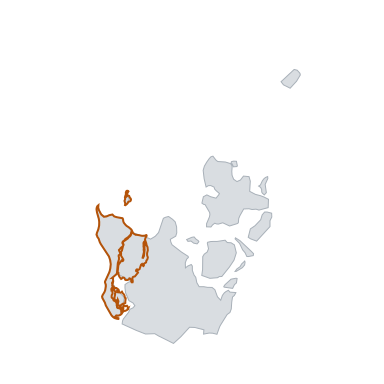 location of Nordjylland within Denmark, rotated 289°
{"feature_id": "DNK-3418", "entity_name": "Nordjylland", "entity_type": "Region", "adm_level": 1, "iso_a3": "DNK", "parent_name": "Denmark", "parent_adm1": "", "projection": "natural_earth1", "projection_center": [9.42, 57.153], "detail": "fine", "context": "in_parent", "style": "outline", "palette": "amber", "viewbox_px": 384, "rotation_deg": 289, "n_neighbors": 0, "source": "natural_earth", "source_scale": "10m", "svg_char_len": 8947}
<svg xmlns="http://www.w3.org/2000/svg" viewBox="0 0 384 384"><g transform="rotate(289 192 192)"><path d="M111.2,266.2L110.6,266.2L107.9,265.7L105.9,264.5L100.9,265.4L94.2,267.2L90.5,267.1L87.6,265.1L75.5,262.3L73.5,262.0L65.6,261.9L65.2,257.4L64.2,254.1L61.4,249.2L65.6,248.1L64.8,238.6L63.3,233.7L51.8,228.7L42.8,223.8L45.0,207.3L45.9,202.9L42.6,194.3L43.0,184.4L44.5,168.9L47.4,168.3L49.5,168.4L57.6,171.2L60.9,171.5L63.2,173.9L65.9,175.0L67.9,172.3L68.7,167.8L75.1,162.0L79.6,159.8L82.7,158.8L85.8,161.1L88.1,163.8L88.7,158.0L90.6,147.0L84.5,145.2L79.6,146.7L74.6,153.7L70.2,162.5L63.1,163.3L57.4,165.8L52.3,163.2L49.0,160.9L48.9,157.6L49.7,155.6L55.8,148.4L63.8,141.6L72.0,141.6L77.9,139.5L81.4,139.2L92.5,139.7L98.1,138.2L103.2,135.0L114.1,121.7L120.3,116.2L132.7,114.3L144.2,107.9L147.4,107.8L142.0,112.5L141.2,114.4L140.5,117.2L144.4,123.3L143.6,127.1L144.0,134.4L140.3,138.3L136.2,146.5L134.4,147.7L134.1,157.2L134.5,159.5L134.0,168.2L138.2,171.7L142.8,173.6L157.8,173.5L159.4,175.1L161.2,177.8L159.9,182.4L158.3,185.8L154.0,188.8L148.4,190.9L144.9,191.0L140.2,186.9L137.9,188.2L135.6,190.3L131.8,201.6L129.9,209.3L128.9,209.9L126.7,208.8L122.9,208.7L118.1,210.5L120.6,212.1L123.2,214.9L122.1,216.4L117.9,217.9L114.1,221.0L112.6,223.3L107.8,226.1L104.8,229.6L106.3,234.0L106.9,237.8L108.3,242.0L107.1,245.4L101.2,250.2L99.0,254.4L104.1,254.4L107.2,255.4L109.0,256.6L110.9,258.4L109.7,260.5L111.2,266.2ZM231.2,213.7L231.4,219.1L230.4,220.7L228.8,221.8L224.5,222.9L220.9,224.4L217.6,227.2L216.5,231.1L219.1,233.9L223.8,235.5L225.1,240.9L221.2,243.6L211.4,246.3L210.4,252.8L210.8,257.9L210.7,261.6L210.0,266.7L202.0,269.1L196.7,261.2L196.6,258.1L195.0,254.5L194.7,251.3L192.8,246.4L185.2,245.0L182.2,244.8L178.1,245.8L177.1,245.4L172.1,238.6L172.9,231.1L170.2,227.3L169.8,225.6L169.9,223.7L167.7,222.2L165.1,221.3L163.8,217.1L166.8,216.1L174.2,216.6L176.4,216.3L178.3,215.4L184.3,208.5L184.1,207.0L184.7,205.0L191.2,204.3L194.1,207.0L193.6,211.2L194.0,216.7L198.0,218.2L199.5,218.4L201.1,214.4L202.2,212.4L203.8,211.3L204.2,207.6L203.3,205.4L201.3,203.7L208.6,199.1L216.1,195.5L220.5,195.3L225.0,196.2L229.1,197.4L231.4,198.4L232.7,200.1L230.0,204.2L229.2,206.4L231.2,213.7ZM149.6,223.2L151.4,226.1L153.6,232.2L157.2,239.0L155.7,241.8L156.7,245.5L155.8,249.3L148.9,253.7L141.2,253.9L133.2,251.8L121.8,247.7L120.9,245.3L119.3,244.1L116.2,237.0L116.3,228.4L122.0,227.3L134.4,223.2L137.2,223.8L140.2,225.9L143.7,226.1L148.7,223.1L149.6,223.2ZM180.5,262.5L188.1,266.0L193.2,265.8L196.7,267.2L197.5,269.4L197.9,274.2L194.3,275.6L190.2,275.1L184.7,277.0L166.6,269.1L166.8,262.5L167.5,259.9L176.1,259.2L180.5,262.5ZM339.4,255.4L337.9,256.3L330.8,254.8L322.1,251.0L323.1,243.6L325.3,240.3L341.1,248.7L341.4,251.8L339.4,255.4ZM153.7,270.3L151.8,270.6L149.2,266.1L148.9,264.8L151.9,261.9L153.8,258.7L158.9,253.7L161.7,248.0L162.8,248.0L161.6,253.2L155.1,267.6L153.7,270.3ZM124.9,262.8L120.5,263.6L118.2,262.3L114.1,261.8L112.5,253.3L113.0,252.8L115.1,253.4L122.3,257.3L124.8,261.7L124.9,262.8ZM231.2,258.5L229.5,259.3L223.0,258.7L215.6,262.5L212.8,261.3L213.8,258.9L214.6,258.0L217.1,257.0L218.7,255.4L219.3,253.1L220.9,254.4L225.5,254.9L227.7,255.6L229.6,256.7L231.2,258.5ZM148.0,213.8L147.2,214.7L144.6,213.7L144.2,210.2L145.3,207.0L144.0,204.2L145.3,202.4L149.1,206.6L150.2,208.6L148.8,211.0L148.0,213.8ZM166.1,133.9L164.4,135.2L158.6,133.4L161.2,130.9L167.5,129.8L171.2,130.1L167.2,132.6L166.1,133.9ZM143.0,265.0L140.2,265.5L136.9,264.3L131.5,259.8L130.9,258.6L133.7,259.4L137.1,261.8L140.0,262.3L143.9,264.3L143.0,265.0ZM235.5,224.0L231.6,226.3L230.7,226.2L229.3,223.0L231.4,221.0L232.6,219.4L233.5,219.4L234.7,221.2L235.5,224.0Z" fill="#d9dde1" stroke="#a8b0b8" stroke-width="1"/><path d="M93.6,165.5L92.7,164.1L92.3,163.8L92.1,163.7L91.3,163.7L89.6,164.3L89.1,164.7L88.2,165.1L87.3,165.2L87.0,164.5L87.4,163.8L89.4,163.0L89.8,162.1L90.1,161.3L90.0,160.9L88.9,160.7L88.5,160.4L88.1,160.0L87.8,159.7L87.6,159.3L87.4,158.8L87.2,158.1L87.3,157.4L87.5,157.3L88.5,156.2L88.6,155.9L88.8,155.7L88.7,155.0L88.5,154.4L88.3,154.1L87.8,154.0L87.4,153.9L86.7,153.3L87.5,152.0L88.3,150.9L89.2,150.0L90.5,149.1L90.8,149.0L91.1,148.9L91.4,148.9L91.7,148.7L91.9,147.9L92.0,147.8L98.3,146.3L99.7,146.3L104.6,147.8L104.6,148.2L104.0,148.4L104.0,148.8L104.3,149.1L104.9,149.3L105.5,149.2L105.9,149.0L107.4,147.2L108.1,146.3L108.9,145.5L110.5,145.1L111.9,144.4L113.9,144.8L118.4,144.4L115.9,142.8L114.7,142.5L113.8,142.0L113.4,141.8L113.0,142.0L111.5,143.4L110.7,144.0L109.8,144.3L109.1,143.9L108.3,143.3L107.5,143.5L106.0,144.4L104.3,144.9L100.7,145.0L91.0,147.4L90.2,147.5L89.4,147.2L84.7,144.4L85.0,145.1L84.6,145.5L83.2,145.9L82.2,146.5L81.7,146.6L81.0,146.7L81.2,146.3L80.5,146.0L79.7,146.1L79.0,146.5L78.3,147.1L77.6,147.0L76.8,147.6L76.0,148.2L75.7,148.3L75.4,147.6L74.5,147.3L73.6,147.4L72.9,147.8L73.5,148.2L71.9,149.2L69.9,150.0L68.4,149.7L67.4,149.9L66.4,150.2L65.9,150.6L65.7,151.6L65.1,152.3L64.5,152.7L63.9,153.3L63.7,154.9L63.6,155.0L63.5,155.5L63.3,155.8L63.1,156.0L61.7,157.4L60.8,157.5L60.3,157.7L60.1,158.0L59.8,158.2L59.1,158.4L58.4,158.8L58.1,159.5L58.4,161.3L58.4,162.2L57.8,162.7L57.8,163.0L59.4,162.9L59.8,163.0L60.1,163.7L59.9,164.1L59.3,164.4L58.8,164.5L58.3,164.4L57.3,163.9L56.8,163.7L56.3,163.8L55.4,164.3L54.9,164.5L54.9,164.9L56.9,164.5L57.5,164.6L58.4,165.1L58.8,165.2L61.8,164.3L62.4,164.5L62.5,164.9L62.4,165.9L62.4,166.4L63.0,167.1L63.3,167.6L62.7,168.4L62.2,168.8L61.7,169.0L61.1,169.0L60.7,169.2L60.7,169.4L61.2,169.7L60.4,169.7L59.2,168.9L58.2,167.9L57.7,167.3L57.4,166.5L56.4,165.8L55.2,165.4L54.1,165.2L53.4,164.9L52.5,164.3L51.7,163.4L51.1,162.7L50.7,160.7L50.4,160.4L49.8,160.3L48.7,159.7L48.0,159.7L48.6,161.7L48.8,162.8L48.7,163.6L48.0,163.7L47.7,162.5L47.6,160.0L48.2,157.8L49.1,156.1L56.7,147.4L59.0,145.7L62.5,141.8L63.8,141.0L65.3,141.0L68.8,141.8L70.8,141.9L74.6,141.3L76.3,140.7L78.3,139.1L79.1,138.9L89.6,140.0L93.4,139.6L97.2,138.7L100.8,136.9L104.0,134.5L113.0,122.8L114.6,121.1L117.5,118.9L118.9,116.9L119.5,116.7L120.5,115.6L122.5,115.4L126.4,115.6L130.2,115.1L133.6,114.0L136.5,112.5L141.6,108.9L144.4,107.4L145.5,107.1L146.8,107.0L148.0,107.2L149.0,107.8L146.7,108.4L144.6,109.8L141.2,113.5L139.9,116.8L141.1,119.2L143.2,121.4L144.8,124.1L143.6,126.4L143.7,129.3L144.6,134.8L143.9,135.6L141.7,136.7L140.7,137.6L139.3,139.8L138.6,141.3L138.1,143.6L137.1,146.2L136.6,147.1L136.2,147.4L135.9,147.6L135.4,147.7L133.4,147.7L132.8,147.8L132.1,148.0L128.5,146.3L125.9,144.3L124.2,143.8L122.8,142.8L121.7,142.6L120.9,142.9L119.7,144.3L118.9,144.4L119.7,144.5L120.6,143.7L121.3,143.3L122.0,143.1L122.9,143.3L127.1,146.4L128.5,146.9L130.1,147.9L131.0,148.2L134.4,148.2L135.2,148.5L134.0,149.6L133.8,150.0L133.6,150.7L133.3,152.2L133.2,152.6L133.5,153.5L134.0,156.3L134.2,158.4L134.5,159.6L135.5,161.9L135.9,162.3L136.3,162.6L136.4,162.9L135.8,163.4L135.5,163.4L134.5,163.1L133.9,163.0L132.0,163.0L131.4,163.2L130.6,163.7L129.9,163.2L129.1,162.8L128.2,162.7L127.1,163.0L126.2,163.5L125.8,163.6L125.1,163.7L124.5,164.0L123.2,164.7L121.6,165.1L119.7,166.1L113.8,166.7L113.8,167.1L115.8,167.4L122.1,166.0L123.5,165.3L124.1,165.2L124.3,165.1L124.3,164.9L124.4,164.6L124.7,164.5L125.0,164.5L125.6,164.8L125.8,164.9L126.3,164.8L126.8,164.6L127.2,164.3L127.4,163.9L127.7,163.2L128.4,163.1L129.8,163.4L129.7,163.6L129.4,164.1L130.2,164.2L128.8,165.3L126.8,166.5L125.4,167.9L122.5,169.2L120.0,169.4L119.0,169.6L117.3,170.3L115.9,171.5L114.2,171.7L113.4,171.6L112.3,171.2L110.5,171.5L108.4,169.8L107.0,170.4L106.2,170.2L106.5,169.0L107.6,168.1L106.7,167.5L101.9,167.5L100.8,166.5L101.0,165.2L100.4,164.7L99.2,164.7L98.9,165.2L99.2,166.0L98.2,167.2L96.6,166.6L93.6,165.5ZM72.5,161.5L71.9,162.0L70.2,163.0L70.0,163.9L66.6,164.6L65.4,165.1L65.0,164.9L63.9,163.1L63.4,162.7L62.4,161.9L61.4,161.5L61.1,161.5L59.8,161.8L59.4,161.8L59.5,161.2L59.7,160.9L60.0,160.6L60.4,160.5L60.8,160.4L61.0,160.2L60.9,159.6L60.8,159.1L60.7,158.9L61.9,158.3L64.8,158.0L65.9,157.0L65.4,157.1L64.8,157.0L64.3,156.9L63.9,156.7L64.1,156.2L65.0,155.4L65.3,154.8L65.2,154.9L65.1,154.4L65.1,153.5L65.2,153.3L65.5,153.3L65.9,153.4L66.2,153.3L67.4,153.0L69.9,152.7L71.1,152.2L72.0,152.5L72.9,151.7L74.3,149.6L75.3,150.1L75.9,149.4L76.3,148.7L76.9,148.9L76.6,149.3L76.1,150.0L76.0,150.4L76.1,150.6L76.5,151.4L76.6,151.8L76.0,153.7L75.7,154.4L75.4,154.6L75.1,154.8L75.1,154.2L74.9,153.8L74.6,153.5L74.3,153.3L73.3,153.9L73.1,154.1L73.0,154.7L73.1,155.0L73.3,155.3L73.4,155.6L73.7,157.4L74.1,157.9L74.8,158.2L74.6,158.4L74.3,158.5L74.0,158.6L73.7,158.6L74.0,158.7L74.3,158.9L73.7,159.5L73.1,160.8L72.5,161.5ZM169.9,129.6L171.0,129.6L171.5,129.7L171.9,130.0L172.2,130.7L172.2,131.2L171.9,131.7L170.9,131.5L169.9,131.3L166.7,131.8L167.4,132.2L167.9,133.1L167.8,133.9L166.8,134.7L166.2,135.4L165.9,136.1L165.2,136.7L163.9,136.9L163.0,136.4L161.9,135.0L160.4,134.8L159.3,134.3L158.5,133.8L157.8,133.3L157.8,132.9L159.3,132.7L160.6,131.8L161.7,131.1L163.4,131.1L164.3,130.8L165.1,130.3L168.2,130.3L169.9,129.6Z" fill="none" stroke="#b45309" stroke-width="2"/></g></svg>